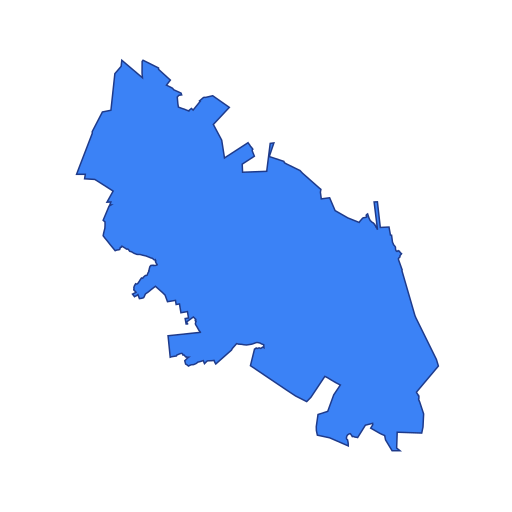 Santa Ana, Sonora, Mexico (Natural Earth projection), rotated 354°
{"feature_id": "50627088B25223131716378", "entity_name": "Santa Ana", "entity_type": "district", "adm_level": 2, "iso_a3": "MEX", "parent_name": "Mexico", "parent_adm1": "Sonora", "projection": "natural_earth1", "projection_center": [-111.087, 30.458], "detail": "fine", "context": "isolated", "style": "filled", "palette": "blue", "viewbox_px": 512, "rotation_deg": 354, "n_neighbors": 0, "source": "geoboundaries", "source_scale": "gbopen_adm2", "svg_char_len": 6067}
<svg xmlns="http://www.w3.org/2000/svg" viewBox="0 0 512 512"><g transform="rotate(354 256 256)"><path d="M404.2,443.5L406.2,430.6L403.5,418.1L403.2,417.4L403.1,416.5L403.0,416.4L402.8,416.2L402.8,415.8L402.7,415.1L403.0,414.8L403.2,414.4L403.2,414.1L403.2,413.5L403.3,413.0L403.3,412.8L403.2,412.7L403.3,412.5L403.2,412.3L403.2,412.0L403.2,411.7L402.9,411.5L402.5,411.1L402.6,410.8L402.2,410.2L402.1,409.9L401.7,409.3L401.4,408.7L401.5,408.3L401.4,408.1L425.9,384.5L424.6,377.7L408.5,334.1L407.8,331.7L399.6,285.9L399.9,285.1L397.4,274.8L397.3,273.7L397.9,272.8L398.3,272.6L399.1,271.9L399.2,270.7L399.4,270.4L399.8,270.1L400.6,269.4L401.0,268.9L400.0,267.9L399.5,267.2L399.4,266.9L399.2,266.3L398.8,266.4L397.9,265.5L397.1,266.1L396.8,266.2L396.6,266.2L395.8,265.3L395.6,264.5L395.5,263.4L395.6,262.2L395.6,261.7L395.4,261.3L395.0,260.6L394.6,259.9L394.1,259.4L393.8,258.6L393.7,257.8L393.2,256.8L393.0,249.5L391.9,249.2L391.3,241.1L382.6,240.6L382.4,214.8L379.1,214.6L379.6,242.6L379.1,241.1L378.9,240.5L379.0,240.4L379.0,240.2L378.4,239.9L378.2,239.5L378.0,238.5L377.8,238.1L377.5,237.9L377.5,237.7L377.5,237.2L377.3,236.7L376.8,236.5L376.2,235.4L375.6,235.1L374.6,234.2L373.9,233.3L373.4,232.9L373.2,232.5L372.4,230.3L371.4,225.8L370.8,226.1L370.0,226.7L369.8,227.3L369.9,227.7L370.2,228.7L369.6,229.0L368.9,229.1L366.7,229.2L365.9,229.6L362.9,232.4L362.4,233.0L362.1,233.4L351.3,227.7L339.4,219.1L335.3,205.8L326.9,206.0L326.7,199.3L327.5,196.5L326.3,195.3L310.8,178.4L308.7,175.6L295.9,167.6L294.0,166.2L293.6,164.8L279.6,158.5L285.6,145.4L281.9,145.5L275.5,172.9L251.4,171.3L251.9,163.2L264.8,156.6L263.2,150.9L263.4,150.1L263.6,149.7L264.0,149.4L262.7,147.2L262.1,146.6L261.1,144.5L260.0,142.8L259.9,142.5L234.9,155.2L234.0,137.2L227.3,120.7L245.0,105.4L229.7,92.1L222.4,93.0L221.4,92.8L220.3,92.9L216.1,95.8L216.7,96.3L208.7,104.3L207.2,102.5L204.6,104.2L204.7,104.4L204.4,104.8L201.7,103.4L200.1,102.5L198.0,101.6L194.4,99.8L194.2,96.4L194.3,89.7L196.1,88.1L198.9,88.0L198.5,86.2L191.6,82.1L190.5,80.4L184.8,76.7L189.2,72.1L178.6,60.2L178.7,58.8L164.1,49.5L163.1,50.6L161.8,62.1L161.7,66.9L143.0,47.3L141.7,53.3L134.7,59.9L127.1,95.2L126.9,95.9L118.3,96.7L106.1,115.2L106.0,116.9L89.1,150.0L86.1,156.0L94.8,156.9L93.6,161.3L103.7,163.0L112.2,169.7L120.7,176.5L113.4,186.9L117.3,187.1L116.0,189.8L117.3,190.0L115.1,191.0L107.7,204.5L109.4,206.3L109.1,209.5L108.6,212.6L106.9,217.2L106.1,219.9L107.8,222.7L109.5,225.2L112.0,229.2L116.5,236.0L117.5,235.7L118.6,235.5L120.0,235.5L121.1,235.3L122.0,233.3L122.2,233.2L122.8,233.2L123.1,233.1L123.7,232.2L127.3,235.0L127.9,235.6L128.4,235.7L128.7,235.6L129.2,235.7L129.6,236.0L130.0,236.5L130.5,237.5L131.0,238.2L132.5,238.7L135.2,240.7L136.4,241.2L136.8,241.5L137.6,241.9L138.6,242.1L141.1,242.4L141.4,242.6L141.8,242.7L143.2,243.3L147.0,244.6L147.2,244.8L149.0,245.7L151.6,247.1L152.4,247.3L153.6,248.4L154.0,248.9L154.7,249.4L155.2,249.4L155.5,249.2L155.6,249.6L155.7,249.8L155.8,250.0L155.8,250.6L155.7,250.9L155.4,251.2L156.3,253.3L156.6,253.7L156.8,254.1L156.8,254.4L156.4,254.6L154.9,254.9L154.4,254.8L153.2,254.8L153.1,254.5L151.8,254.4L151.4,254.6L150.7,254.3L150.1,254.7L149.3,255.6L148.6,257.4L148.3,258.4L147.8,259.5L148.0,259.7L147.9,260.0L147.2,261.0L146.8,261.5L145.7,263.7L145.3,263.9L145.0,263.9L144.6,263.8L144.1,263.8L143.8,263.9L143.0,264.5L142.6,264.7L142.2,265.1L141.8,265.3L141.5,265.6L141.4,265.9L141.2,266.1L140.9,266.3L139.8,265.9L138.2,267.7L137.5,268.7L137.1,269.2L136.6,269.7L135.8,270.7L135.5,271.0L134.6,271.4L134.3,271.4L133.8,271.3L133.4,271.0L132.6,272.0L132.5,272.4L132.2,272.6L131.7,273.4L131.2,274.7L131.2,275.9L131.2,276.2L130.9,276.7L130.9,277.0L131.2,277.3L132.4,278.8L132.9,279.5L131.6,280.1L129.2,281.0L130.9,283.8L131.4,283.5L132.2,283.3L133.5,282.7L134.5,282.0L135.6,286.2L137.9,286.1L139.6,285.8L140.0,285.6L140.6,284.7L141.0,284.0L141.3,283.5L141.5,283.1L142.0,282.3L142.7,281.8L144.8,280.7L147.0,279.3L147.2,279.1L152.8,275.6L159.2,282.6L161.5,285.4L163.2,292.2L164.8,292.1L168.1,291.9L171.3,291.7L171.5,295.9L174.9,295.7L175.4,304.6L182.0,304.1L182.4,310.6L179.0,310.8L179.4,316.3L180.0,316.3L180.4,316.5L180.9,316.3L180.0,314.4L187.3,310.1L189.5,312.7L189.3,312.9L189.1,312.9L189.0,313.0L188.8,313.7L189.0,313.9L189.0,314.3L189.6,314.6L189.1,315.5L189.0,316.0L188.8,316.5L188.6,317.0L188.7,317.6L189.0,318.4L189.7,319.8L191.5,324.0L192.7,325.8L192.7,326.1L160.2,326.1L160.1,347.7L161.3,347.4L166.4,347.1L167.0,346.2L170.3,345.2L172.2,345.1L172.7,345.7L173.0,346.4L172.9,346.6L172.9,346.8L173.1,346.9L174.0,346.9L174.2,347.1L175.5,349.0L175.9,348.9L176.1,348.9L176.3,349.3L176.5,349.4L178.3,349.6L178.1,349.7L174.2,352.7L174.7,356.1L176.3,357.3L177.3,358.4L179.4,357.6L180.3,357.4L182.5,357.5L183.9,357.1L185.6,356.5L187.0,355.5L189.9,355.1L192.6,354.5L193.5,357.7L196.2,355.5L197.1,355.2L201.4,355.5L202.9,355.4L203.4,355.5L203.3,355.8L203.5,356.2L204.1,357.9L204.7,359.2L221.8,347.0L222.8,345.5L227.6,341.1L229.9,342.0L230.3,341.9L231.9,342.3L232.4,342.3L234.3,342.9L237.2,343.5L241.8,343.3L242.6,343.2L243.3,343.1L246.9,342.2L247.9,342.1L249.2,342.4L250.9,343.0L252.3,344.0L253.3,344.5L254.4,345.0L254.3,348.0L253.8,347.6L253.0,347.3L252.5,347.7L251.4,348.3L250.9,348.4L250.6,348.3L250.2,347.9L249.4,347.7L247.8,348.1L247.0,347.9L246.9,347.6L246.5,347.5L245.2,348.4L244.8,348.4L239.0,364.5L271.9,392.1L280.8,399.4L291.2,406.1L295.8,402.3L311.9,382.9L314.4,384.5L318.3,387.5L322.1,390.3L326.4,393.1L318.8,402.2L311.1,418.0L301.1,420.1L298.1,432.0L297.8,435.9L298.3,440.6L310.2,444.5L327.9,454.5L328.0,453.4L328.1,451.9L328.0,450.0L327.9,449.3L327.9,448.5L327.8,448.3L327.0,447.6L326.9,447.1L326.9,446.5L327.0,446.1L327.1,445.7L327.5,444.6L328.3,443.6L328.9,443.2L329.3,443.0L330.0,442.7L330.6,442.5L331.1,442.6L331.3,442.6L332.7,445.1L332.7,445.4L332.9,445.7L333.5,445.6L334.4,445.8L334.9,446.2L336.1,446.6L336.8,446.7L338.1,447.2L347.1,435.7L354.5,434.6L354.5,436.0L352.1,439.2L360.6,445.3L362.0,446.2L365.2,448.0L365.6,452.4L371.0,463.9L378.8,464.7L375.8,461.7L378.0,446.0L402.3,449.4L404.2,443.5Z" fill="#3b82f6" stroke="#1e3a8a" stroke-width="1.5"/></g></svg>